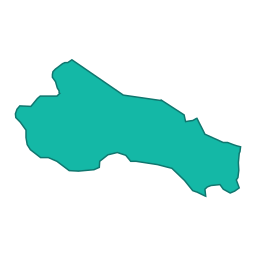 the district of Coubaril Estate, Soufrière, Saint Lucia
{"feature_id": "8701671B11157561333534", "entity_name": "Coubaril Estate", "entity_type": "district", "adm_level": 2, "iso_a3": "LCA", "parent_name": "Saint Lucia", "parent_adm1": "Soufrière", "projection": "robinson", "projection_center": [-61.055, 13.847], "detail": "fine", "context": "isolated", "style": "filled", "palette": "teal", "viewbox_px": 256, "rotation_deg": 0, "n_neighbors": 0, "source": "geoboundaries", "source_scale": "gbopen_adm2", "svg_char_len": 1220}
<svg xmlns="http://www.w3.org/2000/svg" viewBox="0 0 256 256"><path d="M98.8,167.6L99.3,167.4L99.7,161.3L107.9,154.8L117.3,152.5L125.8,155.3L130.7,161.3L136.0,161.3L157.6,164.6L167.1,167.1L171.9,168.3L184.5,180.4L192.7,190.6L194.3,191.2L196.3,191.9L196.8,192.0L204.9,195.9L205.7,196.2L204.9,189.2L207.4,186.9L211.0,185.5L220.0,184.6L223.3,189.2L230.2,193.0L234.7,191.1L237.1,189.4L239.2,187.9L236.3,179.9L237.9,177.6L238.0,176.9L238.8,170.2L238.4,163.2L238.4,162.2L238.6,160.1L239.2,153.4L240.0,151.5L240.1,150.6L240.6,146.8L236.7,145.8L233.4,144.7L227.6,142.5L223.2,142.5L204.9,134.2L202.7,129.7L202.5,129.3L202.0,128.3L199.1,122.7L196.7,117.8L196.7,118.3L192.8,120.5L189.2,121.0L185.6,121.6L185.2,120.0L184.1,114.9L161.4,100.2L161.4,100.6L123.3,95.1L71.9,59.8L68.5,62.1L67.8,62.6L64.9,62.6L62.5,63.7L55.4,69.1L53.0,71.6L52.4,74.5L52.4,77.3L55.6,81.8L55.9,83.0L56.6,85.4L57.1,87.2L57.4,88.1L59.1,90.8L59.1,92.6L59.8,93.4L56.9,96.1L52.5,96.1L40.2,96.1L37.4,98.5L30.9,106.4L19.8,105.9L17.0,109.2L15.4,113.8L15.8,117.6L16.0,117.8L20.3,122.2L26.0,130.1L26.0,137.6L27.2,144.6L30.4,149.7L40.6,157.6L48.4,157.6L56.9,161.3L69.2,170.6L78.5,171.1L94.0,169.7L98.8,167.6Z" fill="#14b8a6" stroke="#0f766e" stroke-width="1.5"/></svg>